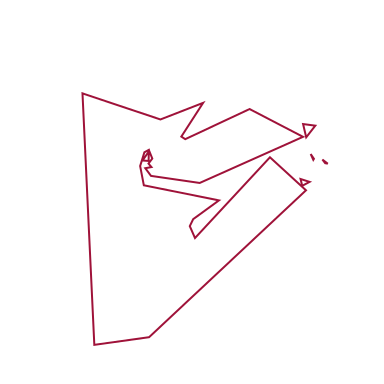 outline of Yamal-Nenets, rotated 73°
{"feature_id": "RUS-2382", "entity_name": "Yamal-Nenets", "entity_type": "Autonomous Province", "adm_level": 1, "iso_a3": "RUS", "parent_name": "Russia", "parent_adm1": "", "projection": "albers", "projection_center": [74.427, 67.879], "detail": "coarse", "context": "isolated", "style": "outline", "palette": "rose", "viewbox_px": 384, "rotation_deg": 73, "n_neighbors": 0, "source": "natural_earth", "source_scale": "10m", "svg_char_len": 703}
<svg xmlns="http://www.w3.org/2000/svg" viewBox="0 0 384 384"><g transform="rotate(73 192 192)"><path d="M110.0,155.3L135.9,186.0L139.5,183.0L129.5,112.7L171.7,69.7L185.6,182.0L164.6,226.5L155.6,229.7L156.3,223.5L152.1,225.3L148.4,220.2L139.1,221.0L140.1,225.9L152.0,234.0L171.5,236.1L207.9,168.7L218.3,198.8L224.0,204.1L236.9,202.6L181.6,107.3L223.7,82.5L318.3,275.5L309.6,330.1L65.7,267.9L113.4,201.0L110.0,155.3ZM164.6,54.7L173.1,66.8L159.5,65.9L164.6,54.7ZM216.7,76.6L218.3,84.8L211.3,84.4L216.7,76.6ZM149.6,224.4L147.4,230.1L140.7,221.5L149.6,224.4ZM190.4,67.4L195.9,65.7L196.7,66.6L190.4,67.4ZM204.6,53.9L203.4,56.2L199.1,57.8L204.6,53.9Z" fill="none" stroke="#9f1239" stroke-width="2"/></g></svg>